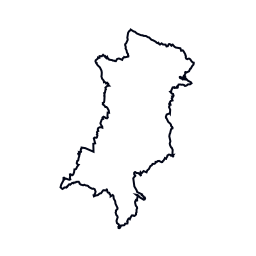 the district of Isverna, Mehedinti, Romania, rotated 74°
{"feature_id": "2599482B93606099266204", "entity_name": "Isverna", "entity_type": "district", "adm_level": 2, "iso_a3": "ROU", "parent_name": "Romania", "parent_adm1": "Mehedinti", "projection": "natural_earth1", "projection_center": [22.644, 44.967], "detail": "fine", "context": "isolated", "style": "outline", "palette": "ink", "viewbox_px": 256, "rotation_deg": 74, "n_neighbors": 0, "source": "geoboundaries", "source_scale": "gbopen_adm2", "svg_char_len": 5835}
<svg xmlns="http://www.w3.org/2000/svg" viewBox="0 0 256 256"><g transform="rotate(74 128 128)"><path d="M221.7,163.2L220.3,161.9L219.8,161.7L220.4,158.5L220.1,157.9L219.2,157.2L219.6,154.9L218.2,154.2L217.5,154.5L215.8,153.1L215.2,152.3L215.3,151.7L216.1,151.3L214.6,150.1L213.1,148.4L213.4,147.2L213.8,147.1L214.3,146.2L214.0,145.2L213.3,144.1L212.0,143.8L211.5,143.1L208.8,142.3L207.6,141.3L206.5,141.2L204.8,141.9L202.0,141.8L200.8,141.5L199.8,140.6L200.1,140.5L199.8,139.7L200.2,139.5L200.2,139.2L199.1,139.0L197.5,138.2L196.5,137.2L194.4,138.6L195.1,137.2L198.1,135.6L201.3,132.6L201.2,131.6L200.9,131.4L200.4,131.7L200.2,131.0L199.4,131.0L198.7,132.0L198.0,131.9L196.3,133.3L195.7,132.8L192.1,136.8L190.2,136.9L185.9,138.0L177.8,136.8L176.7,135.4L176.2,134.3L175.7,134.1L174.5,134.8L172.9,134.5L172.3,133.6L172.4,133.1L173.7,132.2L174.2,130.5L176.3,129.2L177.8,128.7L174.6,128.6L174.0,128.2L175.1,127.8L175.3,127.4L173.7,124.9L175.7,122.4L174.1,121.2L173.2,119.2L170.8,117.0L170.4,115.4L169.3,114.3L169.7,112.7L169.5,111.7L169.1,111.1L168.2,110.8L168.5,109.9L168.4,109.0L168.0,108.7L168.2,107.2L170.1,105.2L170.2,104.4L169.5,103.8L169.1,102.8L167.3,100.9L167.7,100.6L167.8,100.4L167.5,100.4L168.0,99.8L167.3,99.4L166.3,98.1L165.3,97.7L164.8,96.0L165.6,94.5L166.4,94.3L166.4,93.8L167.8,92.6L167.7,92.4L167.1,92.5L166.4,91.7L166.3,92.6L164.7,92.3L161.4,91.1L159.0,91.4L158.6,91.9L156.2,92.3L154.5,92.2L152.4,90.9L147.4,90.6L145.3,89.6L144.9,89.1L141.2,87.0L140.6,86.3L140.7,85.4L140.2,85.1L139.0,85.3L138.5,85.8L137.7,86.0L136.7,85.8L135.4,86.2L133.3,87.6L129.2,88.3L128.7,88.7L127.6,88.5L125.7,87.1L125.4,83.8L125.7,83.7L122.1,82.4L119.1,82.8L117.7,81.5L117.1,81.8L116.2,81.8L115.6,81.0L116.0,81.1L116.4,80.7L114.8,80.7L113.8,79.5L113.8,77.6L111.5,77.8L111.1,76.8L110.0,76.9L110.2,76.4L109.8,76.3L109.8,75.6L109.6,75.3L107.7,75.3L107.0,76.4L104.8,77.4L104.8,76.7L105.1,76.5L104.2,76.3L101.3,73.9L101.5,72.3L102.3,72.3L102.6,70.6L102.4,70.4L102.5,69.7L102.9,69.6L102.9,69.2L102.4,68.8L101.5,69.3L100.9,68.0L100.2,67.4L100.5,65.9L101.2,64.6L101.4,63.4L102.3,62.1L103.1,61.9L103.4,61.0L103.1,59.4L102.6,58.4L103.1,56.2L102.5,54.6L101.4,54.9L99.0,57.4L97.0,58.4L97.0,58.6L97.5,58.8L96.8,60.4L96.3,61.0L96.5,61.9L95.5,62.6L94.4,64.1L93.8,64.3L93.2,64.1L93.2,63.7L94.5,62.4L94.4,62.1L95.0,61.2L94.8,60.6L96.0,59.1L94.3,58.8L93.6,60.2L93.3,60.0L93.4,59.0L92.4,58.9L91.3,57.6L90.2,57.7L90.0,57.3L90.7,56.0L90.3,53.7L88.2,51.9L88.2,51.3L86.1,49.2L85.1,47.6L83.8,46.9L83.3,46.8L82.9,47.6L81.5,48.5L79.2,49.2L78.3,49.9L78.0,50.9L78.2,52.0L77.4,52.9L76.3,53.1L74.9,52.5L74.3,52.8L73.1,52.6L69.7,53.4L68.4,54.0L68.4,55.6L65.8,55.7L63.8,59.9L62.7,60.9L60.1,62.1L60.1,62.6L60.7,63.0L60.9,63.6L59.2,64.4L58.6,65.3L58.8,65.9L60.3,67.2L60.2,68.5L58.2,68.9L57.4,71.4L55.9,72.4L56.6,74.3L55.9,74.9L54.4,75.3L54.6,76.2L53.9,77.0L52.8,77.5L50.7,79.6L49.6,81.2L46.8,82.7L46.4,83.6L44.5,85.4L43.6,87.9L43.0,88.2L42.4,89.9L39.5,93.5L37.4,94.8L36.7,96.0L34.1,98.3L34.7,98.8L35.4,100.5L36.6,101.7L41.1,103.8L42.5,103.8L43.3,104.1L46.1,106.5L46.5,107.4L47.3,107.9L49.6,107.8L50.8,108.4L53.0,108.0L55.2,108.2L57.0,107.6L57.8,107.9L58.7,107.7L59.4,108.0L59.2,111.5L58.7,112.1L59.0,112.3L59.5,113.7L60.9,114.8L58.8,117.4L58.6,118.2L58.8,119.7L60.4,121.2L60.1,122.1L59.3,122.9L59.2,123.8L58.4,124.5L57.1,127.3L55.8,127.8L55.6,128.4L54.4,128.4L54.7,128.7L54.1,129.1L55.0,129.1L55.1,129.4L50.8,131.8L51.8,133.4L51.1,135.5L52.6,136.1L51.9,137.4L52.9,137.8L54.0,140.4L55.0,140.9L56.8,140.7L57.0,140.3L57.3,140.5L59.3,139.9L62.0,138.3L65.5,137.7L67.4,137.9L70.1,138.8L70.9,139.3L73.5,139.3L75.7,138.3L77.3,138.5L77.2,137.8L78.1,137.1L78.9,136.9L78.6,136.2L78.8,135.4L79.9,135.5L80.2,134.8L81.6,134.9L82.1,134.6L81.8,136.3L83.0,138.6L84.8,138.6L85.0,139.1L87.8,140.5L87.9,141.3L89.3,141.3L90.5,142.0L90.8,141.7L95.4,143.3L96.7,144.0L97.0,145.3L98.0,145.3L98.2,145.6L99.0,145.3L99.8,144.5L101.6,144.0L101.9,142.9L103.0,142.3L105.8,141.7L108.1,142.0L107.6,143.3L110.9,144.5L112.3,144.5L112.9,145.5L112.2,146.9L111.2,147.4L110.4,148.4L110.9,149.6L112.4,149.5L112.3,150.3L112.8,151.0L115.8,153.2L117.4,153.1L119.6,152.4L120.6,152.6L120.1,153.3L119.5,154.9L119.8,156.5L120.8,157.4L122.7,157.4L122.8,158.3L123.5,159.0L125.0,159.0L125.6,159.7L126.6,159.4L128.5,160.5L128.7,160.9L128.0,162.8L128.5,163.7L133.7,163.8L133.6,165.7L141.3,167.7L135.6,174.6L134.0,178.0L135.0,178.4L135.1,178.9L136.5,179.7L137.8,179.6L138.0,179.8L137.8,180.8L138.8,181.2L138.1,181.8L139.7,182.0L139.3,182.9L139.8,182.9L140.3,182.4L141.4,182.5L143.5,183.9L145.1,184.6L145.6,185.1L145.6,185.8L147.1,186.7L147.8,187.0L149.5,186.3L149.8,185.7L151.3,187.7L153.0,189.1L153.2,190.2L153.0,190.9L155.8,192.1L157.7,193.6L158.0,194.7L156.6,196.0L156.6,196.6L158.5,196.9L159.8,197.6L161.5,197.6L161.6,198.6L161.2,199.3L159.4,201.8L159.8,203.0L158.5,202.9L158.1,203.2L158.1,203.7L160.6,204.5L163.9,207.7L166.4,209.2L168.5,207.9L168.2,206.4L167.7,205.8L167.7,205.1L168.1,204.0L167.7,203.2L168.1,203.2L168.0,202.9L166.0,200.4L165.9,200.0L166.2,199.2L166.5,199.1L165.4,196.7L166.1,195.6L165.5,194.9L165.9,193.8L165.8,192.9L165.5,192.6L166.1,190.2L167.1,189.8L168.1,189.9L169.3,189.1L170.7,186.9L170.5,185.7L171.6,184.4L172.2,183.0L172.9,182.2L174.0,181.8L175.5,180.3L176.6,179.1L176.7,178.0L177.7,176.9L180.3,176.7L182.0,177.8L182.4,178.4L183.5,179.3L183.4,179.6L184.3,179.6L184.0,177.7L184.2,175.5L183.2,173.4L183.3,171.9L181.1,169.1L181.1,168.3L181.8,167.2L181.9,166.2L180.6,165.0L181.5,165.3L184.2,165.3L184.6,165.0L185.1,163.9L186.4,163.9L186.7,163.5L188.3,163.3L188.9,163.5L188.2,161.2L189.4,160.7L191.9,161.2L194.8,160.5L197.3,160.9L202.1,160.1L203.2,160.7L203.3,161.4L204.1,162.4L205.1,162.6L205.8,163.2L208.4,163.2L209.6,162.6L210.9,162.5L213.8,164.5L214.5,164.7L216.4,164.8L218.2,163.4L220.0,163.7L220.3,164.5L221.6,164.6L221.9,163.9L221.7,163.2Z" fill="none" stroke="#020617" stroke-width="2"/></g></svg>